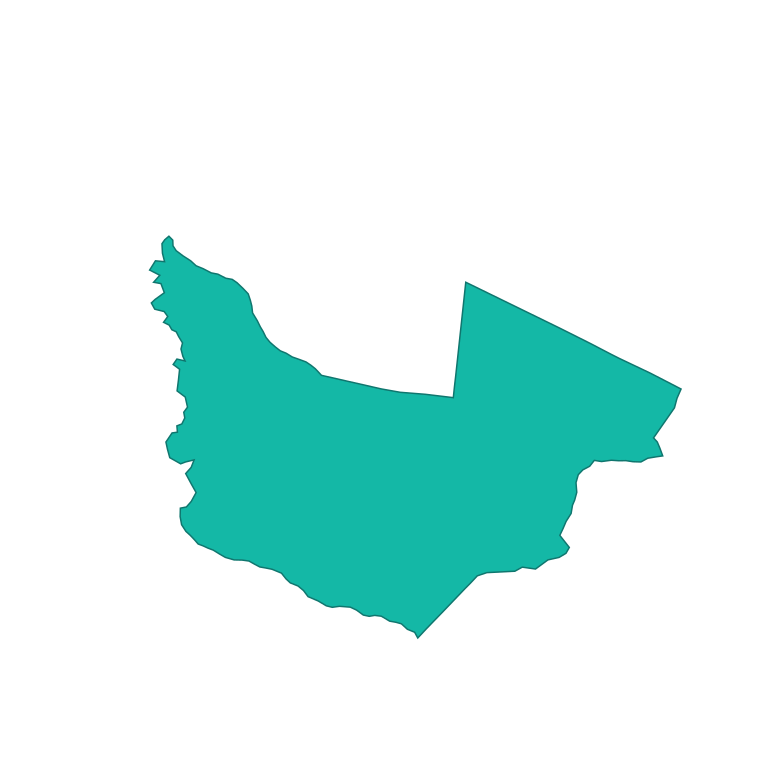 Perobal, Paraná, Brazil, rotated 147°
{"feature_id": "56859067B55216023447862", "entity_name": "Perobal", "entity_type": "district", "adm_level": 2, "iso_a3": "BRA", "parent_name": "Brazil", "parent_adm1": "Paraná", "projection": "orthographic", "projection_center": [-53.337, -23.957], "detail": "fine", "context": "isolated", "style": "filled", "palette": "teal", "viewbox_px": 768, "rotation_deg": 147, "n_neighbors": 0, "source": "geoboundaries", "source_scale": "gbopen_adm2", "svg_char_len": 2283}
<svg xmlns="http://www.w3.org/2000/svg" viewBox="0 0 768 768"><g transform="rotate(147 384 384)"><path d="M483.9,625.1L489.3,624.4L493.8,622.6L498.6,614.3L501.4,606.1L508.6,611.8L518.5,607.2L515.6,602.2L512.8,597.3L521.8,594.8L516.4,589.7L518.5,580.2L529.9,579.6L535.0,578.7L535.5,571.6L528.9,564.5L528.6,558.4L535.3,555.8L532.1,550.4L532.4,545.1L529.8,540.9L530.4,535.5L530.6,528.2L535.2,523.9L537.6,516.8L538.3,511.7L544.1,517.7L550.2,515.2L547.4,507.7L554.3,499.2L561.3,490.9L557.8,481.3L561.4,471.6L567.3,469.4L569.6,464.0L575.3,460.6L580.5,461.7L583.5,456.1L588.4,458.4L598.5,454.1L601.1,447.3L603.8,438.9L598.0,427.8L592.9,426.7L584.6,423.8L591.1,419.1L599.1,416.9L600.1,404.7L600.7,395.3L609.6,390.5L616.7,388.5L622.4,390.8L627.2,383.8L630.4,376.2L630.4,368.2L628.9,362.6L627.8,356.6L627.0,351.0L623.9,346.8L621.0,342.2L617.7,337.7L614.4,330.7L611.5,325.0L605.5,318.1L598.9,313.6L593.7,309.1L590.6,303.2L587.8,298.2L583.7,294.4L578.8,289.6L573.0,281.2L572.3,273.8L570.9,268.2L566.1,261.4L564.0,254.6L563.5,247.0L557.4,237.9L553.2,229.4L549.0,224.9L542.4,221.8L533.8,215.2L530.2,209.4L527.2,201.5L522.9,197.2L517.8,195.0L512.7,190.7L508.4,182.0L503.8,177.7L500.0,173.4L498.0,165.6L493.5,159.1L494.0,152.6L481.5,155.7L457.1,161.3L427.4,168.3L420.4,169.8L410.2,172.3L400.5,169.8L376.2,155.7L367.8,155.1L357.7,146.3L342.3,147.2L331.6,143.2L323.6,142.9L317.6,146.0L319.0,161.3L312.5,165.3L306.1,169.6L297.6,173.5L291.9,179.7L287.3,182.8L281.3,188.2L276.7,196.7L270.5,202.1L264.0,203.7L256.3,203.0L249.2,205.4L243.8,200.5L234.8,196.2L228.8,191.7L222.9,188.0L217.5,183.2L211.0,178.7L203.2,178.1L195.0,174.5L189.4,171.9L187.6,179.8L186.4,186.5L187.3,192.0L153.4,205.8L146.1,212.4L137.6,218.0L154.7,248.0L172.9,277.6L177.5,285.5L188.4,304.8L206.4,335.5L260.0,424.8L319.4,351.8L326.6,343.1L333.3,334.8L355.0,352.9L374.9,368.2L388.8,381.2L431.7,425.3L433.3,434.2L435.1,439.6L437.4,445.0L442.1,451.3L446.2,456.6L449.3,463.1L452.9,468.3L455.0,474.4L456.9,481.2L457.6,487.4L456.8,493.9L456.6,499.3L455.8,506.0L455.5,515.2L452.4,521.4L450.5,527.0L448.8,533.5L450.1,540.5L452.1,549.0L454.3,554.4L459.1,558.9L463.5,566.6L468.4,571.3L472.8,579.1L477.2,585.5L479.0,592.5L482.8,601.0L485.7,609.0L485.7,614.8L482.8,619.7L483.9,625.1Z" fill="#14b8a6" stroke="#0f766e" stroke-width="1.5"/></g></svg>